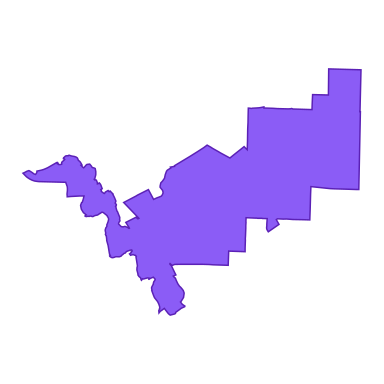 Fundeni, Calarasi, Romania (orthographic projection)
{"feature_id": "2599482B18444720984708", "entity_name": "Fundeni", "entity_type": "district", "adm_level": 2, "iso_a3": "ROU", "parent_name": "Romania", "parent_adm1": "Calarasi", "projection": "orthographic", "projection_center": [26.34, 44.401], "detail": "fine", "context": "isolated", "style": "filled", "palette": "violet", "viewbox_px": 384, "rotation_deg": 0, "n_neighbors": 0, "source": "geoboundaries", "source_scale": "gbopen_adm2", "svg_char_len": 5912}
<svg xmlns="http://www.w3.org/2000/svg" viewBox="0 0 384 384"><path d="M358.8,189.5L360.4,111.7L359.8,111.7L359.8,111.2L360.0,111.2L361.0,69.8L328.7,68.9L328.4,95.0L312.6,94.6L312.2,103.4L312.0,109.6L292.9,109.0L292.0,108.6L291.3,108.5L290.6,108.8L288.1,108.9L277.3,108.6L273.1,108.3L263.9,108.0L263.9,106.9L261.0,107.5L259.0,107.8L256.2,108.0L252.3,108.2L251.7,108.4L251.1,108.4L249.9,108.2L248.3,108.1L248.1,116.8L248.0,122.8L247.7,128.9L247.5,141.3L247.2,149.7L245.3,147.9L244.1,146.6L242.9,147.6L234.2,154.5L229.9,158.0L220.3,152.8L218.5,151.7L212.8,148.5L210.8,147.2L207.1,145.1L203.8,147.6L197.6,151.6L190.6,156.0L174.5,165.7L174.6,166.4L170.4,167.1L170.8,168.0L167.4,170.1L166.5,171.2L165.3,174.5L164.5,178.2L163.9,179.1L162.5,181.1L160.8,182.9L160.1,186.0L160.1,186.8L160.1,187.3L162.5,190.3L163.0,191.9L163.0,193.2L162.3,194.8L161.4,196.1L159.0,197.1L156.8,197.9L153.6,199.4L148.4,189.6L137.5,195.1L135.9,196.1L123.7,202.5L138.9,218.3L138.3,218.7L137.8,218.8L137.2,218.4L136.1,217.2L125.8,222.4L128.9,227.3L129.4,228.2L129.1,228.4L128.9,228.4L127.7,227.5L125.1,226.4L124.8,226.4L123.1,226.9L121.2,226.6L120.2,225.6L118.6,224.0L118.6,223.7L118.6,223.3L118.9,222.5L119.3,221.8L119.9,221.0L119.9,220.2L119.6,219.5L119.8,217.7L119.5,216.6L119.0,215.5L117.6,211.9L117.4,211.5L116.9,210.9L116.2,208.4L115.8,206.5L115.6,206.4L115.9,205.8L116.1,205.9L116.4,204.9L116.3,204.5L115.2,203.1L115.9,201.1L115.1,199.1L114.4,197.4L113.6,195.8L112.8,194.2L113.0,194.0L110.1,191.0L109.1,191.7L108.1,190.5L105.3,192.1L105.1,192.6L104.5,193.3L104.2,193.5L103.8,193.3L101.3,191.4L101.3,190.2L101.2,190.0L100.8,189.6L102.2,188.7L101.5,186.8L100.9,185.1L100.2,183.9L99.8,183.5L99.3,182.9L97.9,183.8L97.4,183.9L97.4,182.8L97.1,182.0L96.4,180.2L96.1,180.0L95.4,179.8L94.7,179.9L94.4,179.6L94.2,179.2L94.8,178.7L95.2,176.9L95.6,175.6L95.8,174.5L95.8,171.6L95.2,168.5L94.2,168.0L92.6,167.6L92.1,167.3L91.4,166.1L90.3,164.8L89.9,164.3L89.7,164.1L87.2,164.4L86.8,164.5L86.6,164.7L86.2,165.0L84.3,167.2L83.9,167.6L83.6,167.8L82.5,167.0L81.8,166.1L81.0,165.3L82.0,165.0L81.0,163.2L80.1,161.8L79.4,161.1L78.4,160.4L77.6,158.4L77.3,157.9L76.0,157.0L75.6,156.9L74.5,156.5L71.6,156.0L69.0,155.2L68.1,155.8L67.1,155.7L65.9,155.9L65.4,156.1L64.5,157.0L63.8,157.9L63.6,157.8L63.5,158.0L63.4,158.6L64.1,158.8L64.3,159.0L64.7,159.5L61.7,162.3L61.7,164.2L61.5,164.3L60.6,164.5L59.2,164.6L58.6,164.5L57.9,163.0L57.7,162.7L57.2,163.5L56.8,162.8L56.6,162.6L47.7,167.7L45.7,168.6L43.8,169.4L41.9,170.0L40.3,170.4L36.9,171.1L36.9,172.2L36.5,173.1L36.0,173.9L35.4,174.4L35.2,174.2L34.6,174.2L34.3,174.1L32.5,172.8L32.4,172.7L30.4,171.4L29.4,170.8L28.9,170.6L27.0,171.2L24.8,172.4L23.0,173.2L25.4,175.7L26.4,176.7L27.4,177.5L29.7,179.0L31.1,179.7L32.1,180.2L34.5,181.0L36.3,181.3L38.5,181.6L65.7,182.3L67.2,186.5L67.3,187.3L67.4,188.3L67.4,190.4L67.0,194.3L67.1,194.5L67.2,196.8L70.7,196.5L79.7,196.0L84.0,196.0L83.3,199.0L82.3,202.2L82.1,202.4L81.6,202.6L80.6,205.3L80.6,205.5L81.3,209.1L81.5,209.5L83.4,212.6L86.1,214.8L85.8,215.0L85.0,216.0L85.4,216.3L86.2,216.6L87.7,216.3L89.4,216.4L89.6,216.2L90.6,216.1L91.4,216.2L91.9,216.5L92.7,216.6L93.0,216.5L93.4,216.4L94.3,215.8L94.6,215.7L95.6,215.4L97.3,215.1L98.2,214.6L98.7,214.4L99.0,214.1L99.2,213.8L99.4,213.6L99.6,213.5L100.0,213.5L101.9,212.2L102.1,212.2L103.2,212.5L107.2,215.7L107.4,216.6L107.6,216.7L108.1,217.5L108.4,218.1L108.6,219.1L108.5,219.9L108.1,221.6L107.2,224.0L106.9,224.6L106.8,225.0L106.9,226.0L106.7,226.7L105.9,227.7L105.3,229.5L105.2,230.3L105.3,231.1L105.7,232.9L105.6,233.9L105.4,234.3L106.1,235.9L106.3,235.9L106.7,239.3L106.7,240.5L108.1,245.5L109.2,252.3L109.6,254.4L110.3,255.4L109.6,255.9L109.7,256.2L110.2,256.7L111.5,257.5L112.0,257.6L112.3,257.7L113.7,257.5L115.8,256.7L119.3,256.8L121.0,256.2L122.3,254.8L123.0,254.4L123.7,253.6L123.8,253.5L125.0,253.1L125.3,253.0L126.3,251.7L127.0,251.3L130.1,250.2L131.7,250.0L132.1,250.9L131.9,251.4L131.4,251.7L131.0,252.1L131.2,252.7L129.5,253.9L130.6,255.3L131.7,254.9L132.9,254.7L133.5,254.7L134.5,255.2L135.2,255.3L135.5,255.4L135.7,255.5L136.0,256.2L136.3,256.7L136.0,257.0L137.4,265.7L137.2,267.0L137.0,267.5L136.9,270.0L137.8,273.4L138.0,274.1L137.9,274.9L138.9,276.4L139.3,276.8L140.2,277.5L140.6,278.0L141.2,280.0L141.5,280.3L142.4,278.8L143.5,279.0L147.4,277.9L149.0,278.1L148.8,279.2L148.9,279.3L149.0,279.3L150.0,278.6L151.2,278.0L153.3,277.2L155.1,279.1L155.2,279.4L154.6,280.7L153.9,281.5L153.6,282.4L153.3,283.3L153.3,283.9L153.3,284.3L152.9,284.8L151.6,287.4L151.6,288.4L152.0,290.6L151.8,290.7L153.6,295.6L154.5,297.7L157.6,301.6L158.9,304.3L159.7,306.9L159.7,308.9L159.4,308.9L159.1,310.0L158.8,310.6L159.0,312.9L159.8,311.9L160.4,311.2L161.8,310.3L164.3,308.4L168.3,313.6L169.6,314.7L170.2,315.1L170.3,315.1L174.5,314.0L175.3,313.6L175.5,313.4L175.6,312.5L175.8,312.3L176.2,312.0L179.8,309.4L181.2,308.3L184.7,306.7L184.9,306.1L182.3,304.3L181.6,303.4L180.8,302.4L180.5,302.0L180.8,301.8L181.3,301.1L182.6,299.0L183.2,298.0L183.6,297.3L183.6,297.0L184.1,293.6L184.1,293.2L184.0,292.5L183.6,291.5L183.3,290.5L182.8,289.9L182.0,288.8L180.7,287.3L179.5,286.2L178.8,285.2L177.8,283.7L176.2,280.3L175.5,278.4L175.3,278.0L174.5,277.6L173.3,276.1L175.9,274.9L174.8,272.8L171.6,266.1L171.2,265.6L170.1,264.4L169.9,264.2L169.9,263.6L170.0,263.5L170.9,264.3L172.1,265.5L174.4,264.5L175.0,264.4L181.0,264.3L202.5,264.3L209.1,264.5L213.0,264.8L228.2,265.3L228.7,251.1L245.1,251.7L245.1,248.1L245.4,240.1L245.3,238.9L245.5,235.8L245.8,228.2L245.8,225.7L246.0,222.2L245.9,221.2L246.1,217.7L255.1,218.1L256.8,218.1L257.6,218.3L261.4,218.3L261.7,218.3L262.0,218.3L262.5,218.5L267.2,218.6L266.8,224.2L266.8,226.0L266.7,226.6L266.6,227.2L266.7,228.9L267.4,230.4L268.3,231.8L279.0,224.4L276.3,219.6L277.5,218.8L283.2,219.1L286.4,219.0L292.9,219.5L303.0,219.7L309.8,219.9L310.2,208.3L310.6,193.9L310.9,186.6L329.9,188.6L333.6,188.8L347.1,189.2L356.0,189.5L358.8,189.5Z" fill="#8b5cf6" stroke="#5b21b6" stroke-width="1.5"/></svg>